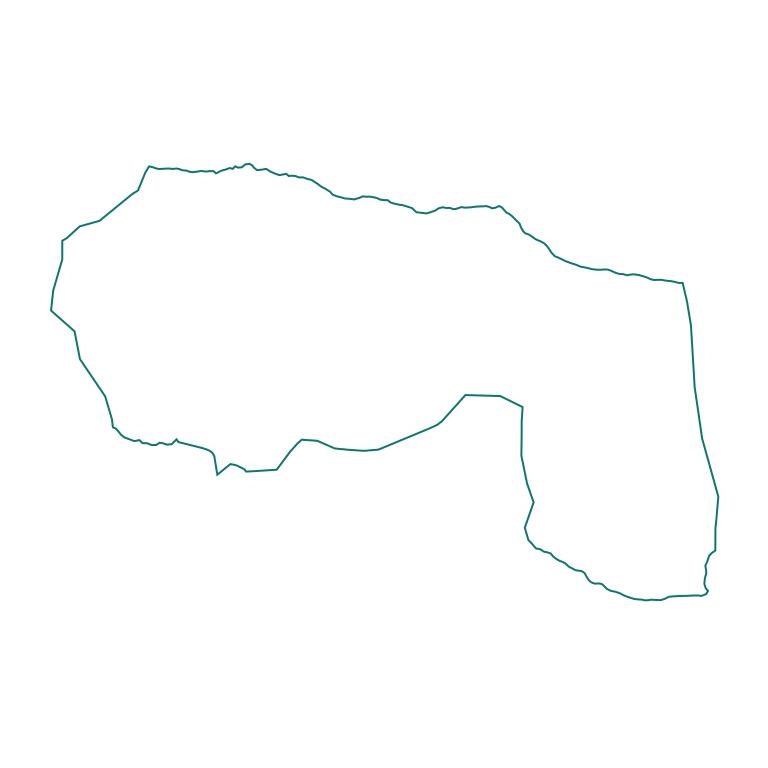 Brejo do Piauí, Piauí, Brazil (Mercator projection), rotated 268°
{"feature_id": "56859067B37698390775933", "entity_name": "Brejo do Piauí", "entity_type": "district", "adm_level": 2, "iso_a3": "BRA", "parent_name": "Brazil", "parent_adm1": "Piauí", "projection": "mercator", "projection_center": [-42.787, -8.365], "detail": "fine", "context": "isolated", "style": "outline", "palette": "teal", "viewbox_px": 768, "rotation_deg": 268, "n_neighbors": 0, "source": "geoboundaries", "source_scale": "gbopen_adm2", "svg_char_len": 3840}
<svg xmlns="http://www.w3.org/2000/svg" viewBox="0 0 768 768"><g transform="rotate(268 384 384)"><path d="M489.0,56.7L469.0,53.8L447.4,76.6L419.5,81.0L381.4,104.9L357.8,111.0L352.9,111.3L350.2,111.6L348.7,114.6L345.3,117.4L342.5,119.3L339.5,123.0L337.6,127.8L335.6,132.6L336.5,137.6L333.3,140.5L333.1,145.1L331.2,149.4L331.0,154.1L333.1,157.7L332.4,161.3L331.0,164.6L331.2,169.6L334.0,172.7L335.9,174.7L333.1,176.6L326.2,200.6L324.6,204.8L323.3,207.5L321.2,210.1L317.8,211.9L307.3,213.2L299.2,214.3L309.3,227.7L308.7,230.5L307.7,234.1L305.6,238.0L303.6,241.5L301.3,243.1L301.4,251.2L302.1,273.8L319.6,287.8L327.2,295.1L331.2,299.8L329.6,315.3L327.7,319.3L321.4,332.3L320.6,337.5L320.2,341.2L319.6,345.3L317.9,361.7L318.6,376.0L320.1,380.1L325.6,394.8L331.0,409.2L336.0,422.5L338.1,428.1L341.5,436.1L344.8,440.6L370.1,465.0L367.9,499.7L356.1,521.7L341.9,520.3L326.5,519.7L307.5,518.8L279.6,523.5L260.5,529.4L235.4,519.7L222.9,522.9L219.8,525.8L216.6,528.3L214.3,530.3L213.4,534.5L210.9,537.8L210.1,541.3L208.8,544.7L206.1,546.7L203.5,549.6L201.3,553.0L200.0,556.0L198.6,558.8L195.1,562.2L192.9,566.1L191.3,568.8L190.6,572.0L190.1,575.0L188.1,577.8L184.2,579.8L180.7,581.9L178.5,584.3L177.1,587.8L177.2,591.7L176.5,594.7L174.3,597.0L171.3,599.8L169.3,603.6L168.4,607.7L166.4,612.9L164.3,616.4L163.1,619.4L161.9,622.4L160.5,626.4L159.9,630.0L159.6,633.7L158.7,637.3L158.7,640.2L159.1,643.7L158.7,648.0L158.3,653.1L159.7,657.6L161.4,661.3L161.7,666.5L161.8,671.0L161.8,676.1L161.7,680.4L161.8,683.6L161.8,687.5L161.7,690.5L161.2,693.4L161.8,696.1L163.0,698.8L165.9,700.6L168.7,698.4L173.0,697.2L176.6,697.6L180.0,698.3L183.4,699.5L186.7,699.4L191.2,698.8L195.1,700.8L197.8,701.7L201.0,703.0L203.5,705.5L206.0,709.3L228.1,710.2L234.6,711.1L259.7,714.2L318.6,700.0L359.8,695.5L370.4,694.3L377.0,694.2L428.0,692.9L432.7,692.7L455.9,689.7L474.6,686.0L474.7,682.0L475.9,678.4L476.8,674.3L477.4,669.7L478.5,664.3L478.5,659.8L478.6,657.0L479.5,653.9L481.1,650.9L482.5,647.2L483.7,643.5L484.5,640.2L484.9,637.1L484.7,634.0L484.2,631.0L485.4,627.0L485.9,622.6L487.3,618.7L489.1,615.3L490.5,611.8L490.8,608.7L490.6,604.1L490.9,599.9L491.5,595.8L492.9,591.3L493.7,587.8L494.4,584.5L496.4,580.3L498.1,575.5L500.3,570.0L502.5,566.0L504.1,563.0L505.7,559.2L509.1,556.2L513.2,553.6L516.0,551.8L518.8,549.3L520.9,545.9L522.0,543.4L523.5,540.4L525.7,537.6L528.4,533.9L529.6,530.6L532.0,528.3L535.9,526.3L539.7,525.0L541.8,522.9L544.9,520.0L547.6,517.5L549.6,515.1L550.8,512.6L553.7,510.1L556.1,508.2L557.9,505.3L556.3,501.6L555.8,498.2L557.2,495.5L558.2,492.6L558.1,487.5L558.1,483.5L557.9,480.4L557.5,476.5L557.4,471.1L558.1,467.3L557.2,464.6L556.4,461.8L556.4,459.1L557.7,456.0L557.7,452.6L558.6,448.6L557.6,444.6L555.4,440.9L554.6,438.2L553.7,435.2L553.0,432.4L553.5,429.2L554.1,425.3L554.6,422.3L556.8,420.1L558.9,418.0L560.7,412.8L562.1,408.9L562.6,405.7L563.6,401.6L565.0,397.2L567.6,394.1L567.8,390.4L568.3,386.9L570.1,383.4L571.1,379.7L571.8,376.0L571.8,372.1L572.3,369.3L571.1,366.6L569.5,360.7L570.2,356.7L570.8,351.3L572.0,347.7L573.3,343.3L575.0,339.3L578.3,336.5L581.1,332.3L583.6,327.9L586.5,324.5L588.1,322.0L590.5,318.8L591.7,314.3L593.3,310.5L593.4,306.4L594.9,302.9L595.4,299.1L595.2,296.1L597.4,293.7L596.4,286.7L598.2,282.1L600.3,277.8L603.1,273.8L602.5,269.7L602.2,264.5L604.7,261.6L607.1,259.9L608.7,257.3L608.3,253.0L605.6,249.5L605.3,245.8L606.7,242.8L604.3,240.4L605.2,237.3L603.9,233.4L602.8,228.7L601.5,226.0L600.4,223.5L602.7,221.0L602.8,216.2L602.5,213.5L603.3,208.4L602.7,204.4L602.4,200.3L602.8,197.4L604.2,194.0L604.7,189.6L605.9,187.1L606.6,184.0L606.3,180.6L606.9,176.2L606.8,171.2L606.7,167.1L607.3,164.0L608.7,160.5L609.7,156.8L603.4,152.7L596.4,149.6L586.0,144.9L582.5,138.9L562.5,112.6L557.0,105.4L552.1,85.3L541.0,72.3L538.4,67.5L528.0,67.1L519.7,66.8L489.0,56.7Z" fill="none" stroke="#0f766e" stroke-width="2"/></g></svg>